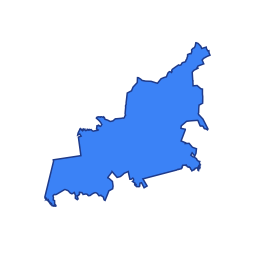 outline of Grundzāles pag., Smiltenes, Latvia, rotated 74°
{"feature_id": "27541924B22887271928522", "entity_name": "Grundzāles pag.", "entity_type": "district", "adm_level": 2, "iso_a3": "LVA", "parent_name": "Latvia", "parent_adm1": "Smiltenes", "projection": "albers", "projection_center": [26.243, 57.466], "detail": "fine", "context": "isolated", "style": "filled", "palette": "blue", "viewbox_px": 256, "rotation_deg": 74, "n_neighbors": 0, "source": "geoboundaries", "source_scale": "gbopen_adm2", "svg_char_len": 5655}
<svg xmlns="http://www.w3.org/2000/svg" viewBox="0 0 256 256"><g transform="rotate(74 128 128)"><path d="M109.8,155.7L111.8,154.4L113.6,153.4L115.4,152.7L117.5,152.2L118.9,153.9L118.8,154.2L118.6,154.5L118.0,154.9L117.7,155.0L117.1,155.7L117.6,156.1L117.3,157.2L120.2,158.5L121.7,157.2L121.9,157.5L121.5,161.3L121.6,161.8L121.4,162.3L120.7,163.2L119.3,163.9L119.3,164.7L119.4,165.2L119.4,165.4L118.7,165.6L118.7,166.0L119.1,166.6L118.4,167.0L118.0,167.5L118.9,168.2L118.9,168.4L118.8,168.9L118.9,169.3L117.8,169.9L117.2,169.8L117.2,170.1L117.6,170.8L117.3,171.0L116.7,171.1L116.5,171.3L116.7,171.5L117.4,171.4L117.6,171.6L117.5,172.0L118.1,172.4L117.7,172.7L117.4,172.5L117.2,172.7L117.4,172.9L117.0,173.3L116.7,173.4L116.3,173.3L116.1,173.5L115.9,173.6L115.9,173.8L115.7,174.1L116.2,174.5L115.7,174.4L115.8,174.6L116.9,175.3L117.2,175.7L119.0,177.3L120.9,178.3L120.5,176.0L122.9,175.3L123.1,178.2L141.6,180.9L138.0,208.6L139.6,208.8L171.5,227.0L171.8,226.9L171.8,226.7L172.4,226.7L172.6,226.4L172.8,226.5L172.8,227.0L173.0,227.0L173.3,226.8L173.4,226.5L173.2,226.0L173.8,226.0L174.0,226.2L173.9,225.8L173.9,225.7L174.3,225.7L174.3,226.1L174.5,226.3L174.9,225.9L174.8,225.4L175.4,225.2L175.5,225.0L175.3,224.6L175.9,224.8L176.1,224.8L176.1,224.3L176.4,224.2L176.6,224.6L176.8,224.6L177.0,224.0L177.4,223.9L177.7,224.0L178.0,224.0L178.1,223.8L178.1,223.4L178.4,223.2L179.1,223.6L178.9,223.8L179.3,223.7L179.4,223.2L179.6,223.0L179.2,222.9L179.4,222.6L179.7,222.9L180.0,222.5L180.3,222.6L180.2,223.1L180.4,223.2L181.1,222.6L181.3,222.2L181.1,222.2L181.3,222.1L181.8,222.3L182.2,221.5L181.8,221.5L181.9,221.3L182.3,221.2L182.1,220.7L182.3,220.5L182.5,220.5L182.5,220.4L182.3,220.2L182.2,220.1L182.6,219.7L182.8,219.9L182.7,220.1L182.8,220.1L183.0,219.8L183.1,219.4L182.9,219.4L182.9,218.7L182.4,218.7L181.6,219.1L180.7,219.4L177.6,218.6L176.5,219.7L174.2,218.8L172.7,218.9L172.1,218.3L171.6,217.1L172.0,216.3L172.1,215.2L169.7,205.9L169.9,205.3L170.2,204.8L171.8,202.8L174.7,201.4L175.8,200.1L175.7,199.0L175.1,197.7L175.1,197.4L178.3,197.1L181.0,198.0L182.9,196.5L182.4,195.5L179.2,195.7L179.1,195.1L179.2,194.3L178.6,193.8L178.6,193.1L177.7,192.6L177.2,192.8L176.4,192.4L177.4,190.1L178.3,189.9L179.2,189.5L179.5,189.5L179.8,186.7L180.5,185.5L180.9,185.1L181.7,185.1L182.2,184.6L182.4,183.5L182.4,182.8L182.1,182.4L182.0,181.7L181.7,181.1L181.4,180.1L181.2,179.4L181.3,178.9L181.0,178.3L181.1,177.3L181.8,176.1L182.7,175.5L185.1,174.6L185.3,172.8L185.2,172.6L185.6,172.5L187.2,171.0L187.8,170.8L190.4,170.8L191.3,170.0L191.2,169.9L185.0,165.1L183.2,163.8L182.2,159.5L179.8,158.4L175.1,157.7L171.0,160.3L170.3,161.2L170.0,161.1L166.1,155.9L165.8,155.4L165.6,155.3L172.5,152.1L172.6,149.0L172.2,147.7L171.2,145.5L170.5,144.3L169.9,139.8L177.8,140.3L178.1,139.0L177.5,137.2L178.8,136.7L180.2,137.3L180.6,138.4L182.9,136.5L183.7,137.1L184.8,137.1L185.1,136.9L185.0,136.7L184.4,136.0L184.5,135.8L185.6,136.3L186.3,136.2L186.6,136.0L186.9,135.6L187.0,134.7L187.4,133.8L187.5,133.6L187.3,133.0L187.2,132.8L184.4,131.8L184.3,130.1L189.9,129.0L189.0,125.6L181.0,127.7L181.8,92.6L181.7,92.4L181.6,91.9L181.5,91.5L181.8,91.0L181.6,90.6L181.8,90.0L181.7,89.5L181.9,88.4L181.9,88.2L181.3,87.7L181.2,87.4L181.2,87.0L181.2,86.9L179.7,86.5L179.5,86.2L179.4,85.8L179.0,85.5L179.1,85.4L179.2,85.0L179.1,84.6L179.2,84.2L179.4,83.8L179.5,83.1L179.9,82.8L179.6,82.3L179.8,82.2L181.4,81.7L181.8,81.4L182.5,80.3L182.3,80.0L183.4,79.2L184.6,79.1L186.0,78.5L186.8,78.4L186.4,76.8L186.5,76.2L186.2,75.6L185.9,75.7L185.7,74.9L185.3,74.6L185.5,74.0L185.2,73.5L185.3,72.6L185.1,72.2L185.4,71.7L185.9,71.6L186.4,71.8L186.5,72.2L188.1,72.3L188.4,71.9L187.2,71.4L186.6,71.0L186.7,70.3L186.2,70.2L186.0,69.7L184.8,69.9L184.9,70.4L184.7,70.9L183.9,70.5L184.0,69.8L184.1,69.3L183.3,69.5L183.2,68.7L182.8,68.9L181.2,68.9L180.1,68.7L179.9,68.4L179.3,69.5L177.7,70.4L177.4,70.7L176.9,70.5L176.1,70.8L175.3,71.6L174.4,72.1L173.8,73.3L173.4,73.7L171.4,75.1L169.5,73.2L173.4,71.6L171.0,69.6L166.8,67.9L164.3,71.4L159.6,73.5L158.7,77.2L158.1,76.7L155.1,80.5L153.7,79.5L145.5,73.4L145.0,73.3L142.9,77.2L140.6,76.2L137.7,69.8L138.4,65.6L139.8,59.0L140.1,58.7L145.7,58.1L146.1,57.8L146.6,56.0L146.9,55.6L147.4,55.3L148.7,55.1L149.6,54.8L150.0,54.3L150.4,53.3L151.7,52.1L151.0,51.4L140.1,53.5L135.6,55.8L134.8,56.2L134.8,56.3L133.6,56.5L132.8,55.9L128.4,54.5L125.6,53.4L124.7,49.4L122.4,48.8L122.5,48.7L118.4,47.5L116.0,47.1L111.1,45.7L110.4,47.1L106.2,49.9L105.4,53.8L101.4,52.9L100.9,52.6L100.5,52.5L100.3,52.7L92.1,50.9L91.2,49.6L90.6,48.5L89.8,44.2L88.8,44.4L88.8,44.7L87.7,43.6L87.2,37.5L83.1,38.0L81.9,36.1L81.0,32.4L80.6,29.1L78.3,29.4L76.0,29.0L76.0,29.9L73.7,30.7L71.8,30.5L71.9,35.2L69.5,35.5L66.1,37.3L65.7,37.7L65.1,38.7L64.7,39.1L64.7,39.3L67.4,40.6L69.0,41.9L69.4,43.7L70.3,45.2L70.6,45.4L71.9,45.6L72.4,45.8L73.9,46.9L74.0,47.1L73.6,47.9L73.8,50.3L73.9,50.5L74.4,50.7L75.3,50.8L76.9,52.0L77.7,52.3L78.7,53.5L80.0,54.4L80.3,55.7L80.1,56.8L80.4,58.2L81.9,59.6L82.0,61.1L81.3,62.0L82.7,66.2L83.8,69.2L84.6,70.1L85.9,70.2L86.6,70.9L85.8,71.6L85.2,72.7L86.1,74.4L89.4,77.0L89.4,79.6L89.8,82.7L93.1,87.3L92.1,89.0L89.5,92.9L87.8,98.1L86.1,101.4L84.6,102.3L83.0,103.7L82.5,104.1L82.2,105.0L86.9,106.6L90.0,111.8L93.2,114.4L94.2,119.1L103.6,123.0L104.5,123.1L105.7,124.1L106.4,124.4L107.0,124.4L113.6,126.9L115.0,126.8L115.8,127.9L117.0,128.6L117.2,129.1L117.3,129.6L117.0,130.1L116.9,131.5L115.7,137.7L117.0,140.5L116.9,142.9L116.7,143.4L114.8,145.4L113.3,147.7L111.4,147.8L111.4,148.4L110.6,148.5L110.8,149.0L110.5,149.6L110.1,149.9L109.7,151.1L110.0,151.5L109.7,152.0L109.4,152.4L109.3,153.0L109.0,153.6L109.2,155.2L109.8,155.7Z" fill="#3b82f6" stroke="#1e3a8a" stroke-width="1.5"/></g></svg>